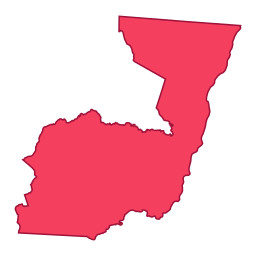 Santa Terezinha, Mato Grosso, Brazil
{"feature_id": "56859067B41133101441873", "entity_name": "Santa Terezinha", "entity_type": "district", "adm_level": 2, "iso_a3": "BRA", "parent_name": "Brazil", "parent_adm1": "Mato Grosso", "projection": "natural_earth1", "projection_center": [-50.819, -10.289], "detail": "fine", "context": "isolated", "style": "filled", "palette": "rose", "viewbox_px": 256, "rotation_deg": 0, "n_neighbors": 0, "source": "geoboundaries", "source_scale": "gbopen_adm2", "svg_char_len": 5910}
<svg xmlns="http://www.w3.org/2000/svg" viewBox="0 0 256 256"><path d="M119.2,16.3L119.0,31.5L119.8,31.6L120.5,30.5L121.5,30.7L122.9,32.1L123.3,33.1L123.4,34.3L124.7,39.2L127.0,44.0L128.8,44.8L130.2,45.9L131.7,48.5L132.6,52.4L133.0,53.3L133.8,54.1L133.9,55.5L133.6,56.5L134.0,57.8L133.3,60.1L133.8,60.9L134.6,61.6L165.4,79.0L161.6,91.4L156.3,107.9L158.0,109.8L158.5,110.8L158.9,111.9L159.2,113.6L159.5,114.3L160.1,115.1L162.0,117.0L162.7,117.9L163.8,119.9L164.3,120.3L168.6,121.1L169.6,122.3L169.2,123.1L169.9,123.8L171.0,123.9L172.8,124.9L172.8,125.8L172.2,125.9L171.4,125.1L170.2,125.2L170.8,125.8L171.1,126.5L171.6,127.9L171.8,128.9L170.9,130.0L171.0,130.8L171.8,131.7L172.3,132.0L172.5,132.8L173.0,133.5L173.0,134.5L172.6,135.0L172.0,135.1L171.6,135.8L171.0,136.0L170.8,135.4L170.8,134.5L170.1,134.0L169.4,134.7L168.7,135.0L168.1,135.0L166.4,134.5L165.7,134.4L164.6,133.3L163.8,133.0L164.0,132.1L163.7,131.1L163.2,130.7L161.6,130.8L161.0,131.6L160.4,130.8L160.0,129.9L159.4,130.2L158.5,130.4L157.8,130.1L156.6,130.5L156.1,130.3L155.3,130.5L152.9,130.0L152.1,129.2L150.5,129.8L150.1,130.6L148.8,129.8L147.3,129.5L147.2,130.5L146.4,130.2L145.9,131.1L145.6,132.0L144.5,131.8L143.8,132.1L142.4,132.1L142.6,131.3L141.4,130.5L140.7,129.4L139.9,129.4L139.2,129.9L138.5,129.6L138.1,128.3L136.6,126.4L135.9,126.5L135.3,126.5L134.9,125.5L134.8,124.6L133.2,124.5L132.8,125.2L133.0,126.1L131.9,125.7L131.1,125.9L131.0,125.1L131.3,124.3L130.7,124.2L130.2,123.8L129.4,122.9L126.8,122.8L126.2,123.0L125.5,123.9L125.0,125.1L124.1,125.4L123.4,124.8L121.2,124.9L119.6,124.7L118.9,124.2L118.2,124.3L117.5,123.6L117.2,123.0L116.4,123.1L115.5,122.6L114.6,124.0L113.8,123.5L113.1,123.8L111.6,125.0L110.9,124.6L110.4,123.9L109.9,123.5L109.8,124.3L109.0,123.9L108.1,124.2L107.2,123.9L106.6,124.7L105.5,124.3L104.9,123.8L104.2,123.6L103.7,122.8L102.9,122.4L102.1,122.4L101.4,122.7L100.8,122.1L100.9,121.0L100.6,119.9L100.7,118.2L100.9,117.3L100.5,116.7L100.0,116.4L99.7,115.1L99.2,114.4L97.6,113.1L96.0,111.0L94.7,110.9L94.0,110.5L93.4,110.5L92.6,110.1L92.1,109.5L91.5,109.5L90.8,109.9L90.4,111.1L89.7,111.7L88.5,111.9L87.1,112.8L86.3,113.7L85.5,114.1L84.7,114.1L83.5,114.8L82.4,113.9L81.3,113.5L80.6,114.0L80.5,114.7L80.6,115.4L79.7,116.4L79.2,115.4L78.4,116.1L77.5,117.7L76.7,118.8L75.7,119.1L74.9,119.2L73.7,120.6L73.0,120.9L72.3,120.5L71.4,121.2L69.3,122.4L68.1,122.8L66.7,122.7L66.2,122.1L65.8,120.6L64.6,119.1L63.9,119.2L63.6,119.9L62.1,119.6L61.2,118.9L59.7,119.0L59.1,119.7L58.4,119.8L56.1,122.1L55.3,123.8L54.7,124.3L53.8,124.3L53.3,123.9L52.2,124.7L51.2,124.4L50.6,124.5L48.9,125.3L48.0,125.6L46.2,126.7L45.1,126.8L44.2,127.1L43.5,127.8L43.1,128.4L42.8,129.7L42.6,131.1L42.0,132.0L41.2,134.0L40.6,134.6L40.0,135.6L39.0,138.1L39.2,140.8L38.9,141.7L37.0,143.6L36.6,145.5L35.7,147.0L35.7,150.0L35.5,150.9L34.3,152.7L32.9,154.8L31.4,156.1L28.0,156.5L27.4,157.0L25.1,157.8L24.6,158.9L22.8,159.7L32.0,167.6L34.2,170.1L34.6,170.8L34.7,173.0L34.6,173.7L34.9,175.2L36.5,176.5L35.9,177.8L34.8,178.3L33.1,180.5L32.7,181.7L32.1,182.3L31.7,183.8L31.0,184.2L30.7,184.8L31.3,185.7L31.7,188.2L32.0,188.8L32.2,190.0L31.9,190.6L30.3,192.8L29.1,192.8L27.6,194.1L26.0,194.2L25.4,194.7L24.6,194.8L28.2,205.8L25.5,206.1L24.9,206.0L24.3,206.5L23.6,206.2L22.6,205.2L22.1,204.0L21.0,204.4L19.4,204.6L18.7,204.9L18.2,205.9L17.3,205.8L15.9,207.0L15.4,208.4L15.4,209.6L15.9,210.7L16.1,211.4L16.8,212.8L17.3,214.2L18.3,214.8L18.1,216.5L18.0,218.8L17.7,219.9L17.8,220.9L17.2,222.1L18.0,223.3L19.4,224.5L20.1,226.5L19.9,227.4L20.0,228.2L18.8,230.9L18.6,232.9L86.6,236.5L87.2,236.6L88.5,237.7L90.9,238.9L92.5,239.5L93.9,239.7L94.5,239.5L94.9,239.0L95.3,238.1L95.7,236.5L96.6,235.7L97.2,234.9L97.9,234.5L99.8,234.1L101.6,233.3L103.0,233.2L104.4,232.2L105.4,232.0L106.0,231.3L105.9,230.1L106.2,229.4L106.7,229.1L107.9,229.2L109.4,227.2L109.3,226.1L109.7,225.6L110.6,225.5L111.5,225.1L114.8,224.5L115.8,224.7L116.2,224.0L116.9,223.8L118.3,224.0L120.2,225.0L121.2,224.9L121.8,224.6L122.2,223.6L121.8,222.6L120.6,222.4L120.2,223.6L119.4,222.4L119.4,221.7L119.8,221.0L120.3,220.6L122.7,220.2L123.3,219.7L123.7,219.1L123.9,217.0L124.8,215.7L124.6,214.7L126.6,213.5L127.3,212.6L129.8,210.7L130.8,210.3L133.1,210.2L133.9,210.4L135.8,211.4L136.6,211.5L137.5,211.3L139.7,211.8L140.3,211.9L141.4,211.7L142.2,211.3L142.6,210.2L143.3,210.0L145.0,210.3L146.3,211.2L147.1,211.4L147.4,213.3L146.8,215.6L147.2,216.2L149.1,216.0L149.9,216.5L150.9,216.6L151.5,217.0L152.2,217.0L153.9,216.2L155.2,216.2L155.7,217.9L156.3,218.6L157.2,219.0L159.1,219.1L159.7,218.8L160.5,217.3L162.2,216.9L162.8,215.9L162.8,213.8L163.1,213.0L165.4,213.0L166.2,212.7L167.2,211.8L169.1,210.5L170.3,209.2L170.6,207.5L171.1,206.5L171.3,205.8L172.1,204.8L172.4,203.8L174.4,201.6L175.8,201.2L177.9,201.4L178.5,201.0L179.2,200.3L179.7,199.2L179.4,197.7L179.5,196.6L179.8,195.6L180.3,194.7L181.6,193.1L182.6,190.5L182.4,189.4L182.5,187.7L182.1,185.4L183.3,183.2L183.6,182.2L183.6,181.4L183.2,179.9L183.3,177.3L183.9,176.5L185.8,175.3L188.0,175.3L188.9,175.0L189.5,174.6L190.0,173.8L189.9,173.0L189.1,171.0L189.0,170.2L189.0,168.8L189.1,167.5L190.7,161.4L191.1,157.1L191.9,154.3L193.1,153.3L195.5,152.2L196.7,151.5L197.5,150.1L197.6,148.7L198.1,147.8L201.3,145.3L202.3,144.0L202.6,143.1L201.5,140.1L201.3,138.3L201.6,136.8L203.3,133.2L205.0,127.8L205.5,125.7L205.9,123.0L206.6,120.1L207.2,118.5L209.0,115.2L209.8,111.9L209.7,110.4L209.0,106.6L208.8,104.6L208.1,101.7L207.0,101.1L206.6,100.4L206.4,99.4L206.5,97.4L207.7,92.5L209.5,88.9L210.5,87.2L211.5,86.3L212.8,85.4L214.2,83.5L214.6,82.5L214.7,80.7L215.1,79.5L218.0,75.8L220.3,73.9L223.2,72.5L224.8,70.9L225.3,70.0L227.0,65.6L227.4,60.8L227.7,59.8L228.0,59.1L229.2,57.6L230.2,54.9L229.8,52.9L230.0,51.6L230.7,50.1L231.4,49.1L232.3,46.9L232.7,44.5L232.6,41.9L232.9,41.0L233.8,38.9L234.6,36.5L236.9,32.4L238.0,31.2L239.0,30.3L240.5,28.5L240.6,27.7L240.2,26.7L240.6,25.6L186.4,21.6L119.2,16.3Z" fill="#f43f5e" stroke="#9f1239" stroke-width="1.5"/></svg>